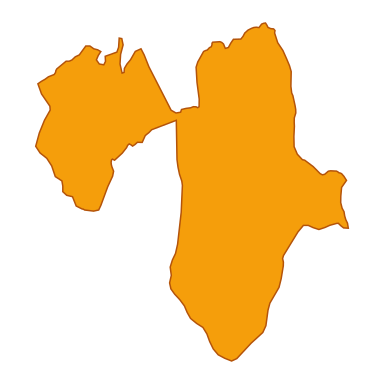 the Region of Manyara
{"feature_id": "TZA-3392", "entity_name": "Manyara", "entity_type": "Region", "adm_level": 1, "iso_a3": "TZA", "parent_name": "United Republic of Tanzania", "parent_adm1": "", "projection": "equal_earth", "projection_center": [36.5, -4.726], "detail": "fine", "context": "isolated", "style": "filled", "palette": "amber", "viewbox_px": 384, "rotation_deg": 0, "n_neighbors": 0, "source": "natural_earth", "source_scale": "10m", "svg_char_len": 2670}
<svg xmlns="http://www.w3.org/2000/svg" viewBox="0 0 384 384"><path d="M251.1,343.2L236.8,358.6L231.6,361.0L224.8,358.3L218.2,354.8L213.3,349.0L209.7,341.6L206.9,333.9L202.9,327.4L196.6,323.4L190.6,318.5L187.2,312.5L184.4,305.9L179.8,299.7L174.7,294.2L170.9,288.9L169.6,282.9L171.3,275.4L170.2,267.1L172.4,260.0L175.5,253.5L177.6,244.2L181.2,212.3L182.4,185.4L181.8,181.1L179.5,174.3L178.0,167.1L177.0,159.6L176.3,120.3L151.7,129.7L148.8,132.7L146.4,134.6L145.2,135.7L142.2,142.4L137.4,142.3L135.0,144.5L132.6,146.1L130.9,144.8L129.2,143.9L127.6,145.4L126.6,147.6L122.3,153.1L114.6,160.2L112.4,159.1L111.6,159.8L111.1,162.1L111.3,164.4L111.8,166.5L113.6,171.2L112.6,176.2L107.7,186.8L100.9,205.3L98.7,210.0L93.6,211.1L84.6,210.0L83.4,209.2L82.1,209.0L76.2,206.0L72.5,196.7L66.7,195.3L62.8,191.7L62.8,186.1L61.9,180.9L55.3,176.6L51.7,165.9L46.8,158.3L40.1,153.0L35.7,146.3L39.3,133.0L44.5,120.2L50.2,110.1L49.9,106.2L41.5,93.9L37.9,83.8L41.3,81.4L45.0,79.3L48.4,76.8L54.2,74.5L55.5,72.5L55.9,70.5L56.8,68.9L66.1,61.2L69.2,61.2L71.9,60.0L75.3,56.8L79.3,54.9L85.8,46.0L89.9,46.0L93.8,48.8L97.7,49.8L100.8,51.6L98.3,55.4L96.4,59.9L99.3,64.0L103.8,64.8L105.5,61.4L105.2,56.3L116.9,52.1L118.6,47.3L119.2,38.1L121.8,38.6L123.1,44.9L120.6,54.4L120.0,64.0L122.1,73.1L124.1,72.4L124.4,68.4L127.0,64.0L130.5,59.8L135.3,51.4L141.0,48.8L144.2,55.0L148.9,66.8L171.1,110.2L176.0,113.0L180.6,112.2L181.5,109.5L186.0,108.4L190.6,107.8L193.3,106.7L196.1,106.8L197.7,107.7L199.1,106.7L199.2,99.1L197.0,82.4L196.1,67.2L197.8,61.9L203.6,51.5L205.4,50.6L207.3,50.0L209.4,47.7L211.3,46.7L212.0,44.6L212.0,43.2L212.7,42.2L219.9,41.7L221.7,42.4L223.5,44.0L225.3,48.4L228.4,47.5L230.8,43.1L233.4,39.3L240.8,39.1L243.0,36.4L244.8,33.0L248.0,30.1L251.4,28.4L253.8,27.5L256.3,27.2L259.0,27.6L261.6,24.1L263.6,23.3L265.5,23.0L266.8,25.0L268.0,27.4L270.7,28.6L273.6,28.9L275.0,30.5L274.6,33.0L277.7,42.7L282.9,50.5L286.6,58.8L289.5,65.7L291.2,71.6L290.9,86.3L291.7,93.0L292.9,95.7L295.1,105.8L295.7,109.4L295.8,113.0L294.3,117.9L294.2,122.0L294.4,126.3L293.9,136.5L294.1,146.7L297.3,154.2L302.4,159.7L304.7,160.2L313.2,166.6L320.1,173.6L322.4,174.8L324.7,174.3L328.3,171.2L330.5,170.8L336.4,171.1L337.8,171.8L338.8,172.7L340.7,173.2L341.7,173.8L343.9,176.3L346.5,180.4L341.6,187.4L340.8,196.2L340.7,202.6L342.1,208.2L344.0,211.7L344.7,216.0L345.8,219.7L347.5,223.2L348.3,228.2L343.6,227.9L340.9,225.8L338.3,223.3L336.6,223.4L329.8,225.3L324.9,227.5L318.9,229.5L313.1,227.6L308.3,225.4L303.4,225.4L297.9,232.0L283.5,255.5L282.6,258.6L283.4,262.1L283.3,265.8L281.2,278.6L279.0,287.4L269.9,303.1L268.0,310.2L265.9,325.7L262.8,332.5L251.1,343.2Z" fill="#f59e0b" stroke="#b45309" stroke-width="1.5"/></svg>